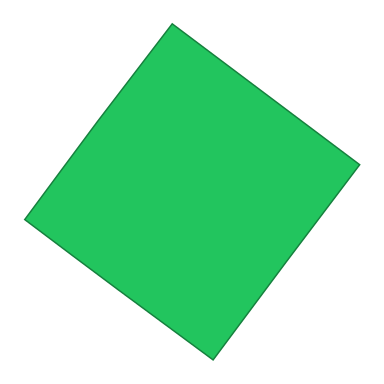 Ionia, Michigan, United States of America (Equal Earth projection), rotated 307°
{"feature_id": "52423323B19907423644916", "entity_name": "Ionia", "entity_type": "district", "adm_level": 2, "iso_a3": "USA", "parent_name": "United States of America", "parent_adm1": "Michigan", "projection": "equal_earth", "projection_center": [-85.158, 42.945], "detail": "fine", "context": "isolated", "style": "filled", "palette": "green", "viewbox_px": 384, "rotation_deg": 307, "n_neighbors": 0, "source": "geoboundaries", "source_scale": "gbopen_adm2", "svg_char_len": 281}
<svg xmlns="http://www.w3.org/2000/svg" viewBox="0 0 384 384"><g transform="rotate(307 192 192)"><path d="M69.3,75.0L69.3,134.9L69.5,192.6L70.6,309.9L192.2,309.3L314.7,309.5L314.4,75.0L191.7,74.1L130.6,74.5L69.3,75.0Z" fill="#22c55e" stroke="#15803d" stroke-width="1.5"/></g></svg>